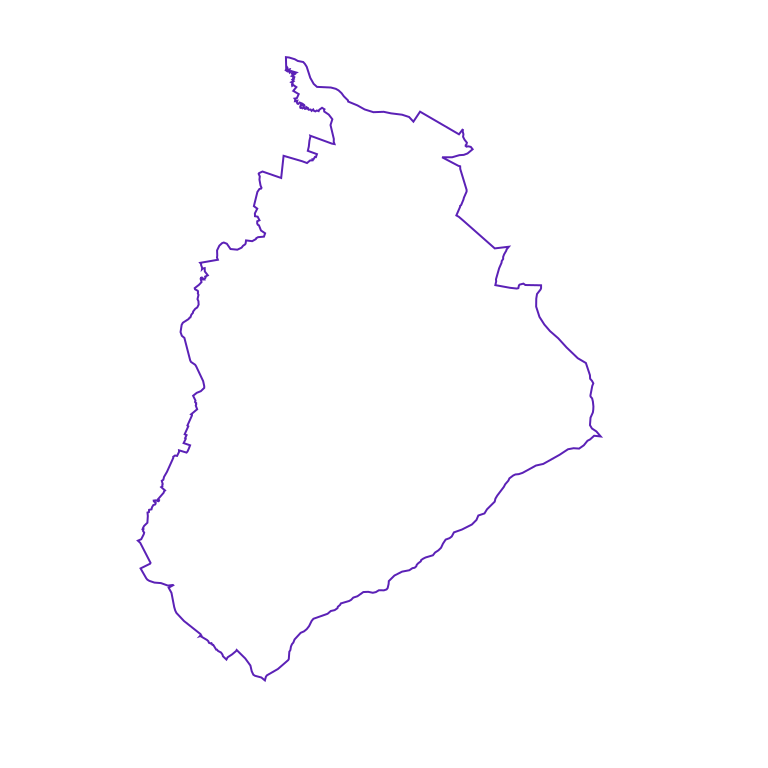 Homoroade, Satu Mare, Romania, rotated 8°
{"feature_id": "2599482B99777504625333", "entity_name": "Homoroade", "entity_type": "district", "adm_level": 2, "iso_a3": "ROU", "parent_name": "Romania", "parent_adm1": "Satu Mare", "projection": "robinson", "projection_center": [23.062, 47.634], "detail": "fine", "context": "isolated", "style": "outline", "palette": "violet", "viewbox_px": 768, "rotation_deg": 8, "n_neighbors": 0, "source": "geoboundaries", "source_scale": "gbopen_adm2", "svg_char_len": 6127}
<svg xmlns="http://www.w3.org/2000/svg" viewBox="0 0 768 768"><g transform="rotate(8 384 384)"><path d="M387.2,597.9L392.5,592.9L397.3,592.0L402.0,592.3L404.9,591.2L407.6,589.0L412.7,588.3L415.1,587.1L416.0,585.6L416.4,581.4L416.2,578.5L421.0,572.2L428.0,567.3L435.0,564.9L437.8,562.4L439.9,561.7L441.3,560.1L441.6,558.5L442.7,556.9L445.1,554.5L445.3,553.2L447.0,551.6L449.3,550.0L456.3,546.8L458.0,543.8L461.0,541.2L463.3,538.2L464.6,533.9L466.7,529.5L470.4,527.5L472.3,525.6L473.9,521.2L481.4,517.3L490.6,510.9L494.5,505.7L495.7,501.1L501.5,498.2L503.4,493.8L510.0,485.1L510.3,482.0L511.7,478.7L517.0,469.2L518.0,466.4L520.6,462.4L521.3,460.0L524.7,456.6L526.7,455.3L530.0,454.5L533.6,452.7L545.8,443.6L552.8,441.0L567.7,429.7L575.3,423.0L580.7,421.2L586.2,420.8L590.4,416.9L593.4,411.9L595.8,410.2L599.3,406.0L605.9,405.8L600.9,401.4L596.1,399.1L593.7,396.1L593.2,388.6L594.8,383.1L594.8,380.2L594.5,377.1L593.3,372.3L592.1,369.3L590.3,367.7L590.0,366.6L590.5,356.9L591.2,354.2L589.5,351.9L587.4,350.1L586.7,346.6L581.0,335.1L572.3,331.5L559.7,322.4L550.2,314.5L541.0,308.5L534.5,302.8L528.6,295.9L523.9,286.2L522.9,278.3L523.0,273.6L525.9,268.6L526.2,267.2L525.8,264.4L510.2,266.3L508.1,265.2L504.5,266.7L503.9,267.6L503.7,270.4L502.2,271.0L495.4,271.2L480.5,270.6L480.8,266.7L480.3,264.8L481.9,253.4L483.5,247.7L483.5,245.8L484.6,243.6L484.3,241.6L484.9,238.9L486.5,235.0L486.7,233.6L488.5,230.7L474.8,234.3L440.1,211.4L434.8,208.0L432.2,207.0L434.7,197.9L434.6,197.0L435.5,196.1L437.0,190.3L437.2,188.4L439.0,182.0L438.8,180.3L429.6,160.5L429.1,157.8L427.3,157.6L410.0,151.4L419.9,150.0L426.8,146.9L431.1,146.0L434.6,144.1L439.1,139.2L436.9,137.1L434.2,136.9L432.7,137.5L431.7,136.9L431.7,136.0L432.3,135.3L432.5,133.5L429.7,130.8L427.9,128.2L427.9,125.6L426.7,122.7L426.8,121.5L426.3,121.3L423.5,126.3L381.8,109.3L376.6,120.1L371.7,116.1L364.4,114.8L353.3,115.0L345.8,114.5L335.7,116.3L326.6,114.8L318.9,111.8L309.2,109.3L308.9,108.2L304.2,104.7L301.5,101.9L298.2,99.6L295.2,98.4L290.1,97.8L276.3,99.1L272.6,96.6L268.4,91.1L263.3,80.6L261.1,78.0L259.2,76.4L253.7,76.1L250.4,74.8L244.6,73.9L241.4,74.0L243.2,84.9L243.9,83.8L244.3,84.3L243.0,86.9L244.6,87.7L245.0,86.1L246.8,85.5L246.3,87.7L247.3,88.8L248.5,87.0L253.9,87.8L252.9,88.6L249.6,89.2L249.7,89.6L252.0,90.0L249.9,91.9L253.3,92.8L252.3,92.9L251.5,93.8L252.2,94.5L250.9,95.4L252.4,96.6L250.2,98.1L251.7,98.8L251.2,100.3L251.6,101.5L252.7,100.6L255.9,102.2L253.7,105.7L254.1,106.2L253.7,106.5L259.2,108.8L257.9,113.1L255.8,113.8L256.6,114.6L256.5,116.3L258.7,115.6L258.4,117.2L259.4,118.5L260.3,118.5L261.2,117.0L264.0,117.7L266.1,118.8L266.2,119.5L265.6,119.9L262.8,119.2L262.4,121.3L262.9,122.2L263.8,121.9L264.9,122.4L266.4,121.4L267.5,122.6L268.6,122.2L268.5,120.6L270.4,121.4L270.6,122.4L271.2,122.9L273.1,122.4L274.3,123.6L275.7,122.0L276.6,123.2L278.1,123.6L279.4,122.5L281.3,122.9L281.7,121.5L284.2,119.1L286.7,120.2L286.4,120.6L286.9,122.5L291.8,124.9L296.0,129.0L295.0,135.0L300.2,148.3L300.5,151.1L301.6,153.3L298.9,153.2L276.4,148.4L276.7,149.2L276.3,153.4L276.5,159.4L276.1,163.7L285.6,165.7L285.0,168.8L284.0,168.8L282.8,171.5L281.9,171.4L282.0,172.5L279.7,172.9L277.0,175.9L272.0,174.8L252.8,172.0L253.5,194.3L234.1,190.5L230.9,192.6L230.6,193.3L232.1,195.7L232.2,198.9L234.1,204.6L235.4,206.8L235.1,207.6L233.5,208.2L231.9,211.4L230.4,226.0L234.1,228.0L232.4,233.0L232.9,235.8L235.6,235.9L237.9,239.2L235.8,240.5L236.1,242.7L236.9,243.9L238.1,244.3L240.8,249.1L245.3,251.3L244.6,254.8L238.9,256.1L237.2,257.4L236.9,258.4L233.6,260.9L227.4,261.0L227.4,264.3L226.9,265.2L225.2,266.7L224.0,268.8L220.1,271.4L213.2,271.7L208.9,267.0L205.7,266.2L204.1,267.0L201.7,269.9L200.1,274.9L201.0,280.1L201.0,282.0L202.2,284.1L185.1,289.6L186.2,290.6L186.3,291.6L187.8,294.4L187.8,295.7L188.4,294.9L190.3,294.2L190.9,297.5L194.4,300.9L192.0,302.5L192.5,303.4L192.0,304.7L190.4,304.9L188.8,303.9L188.0,304.3L188.1,304.9L189.8,305.7L188.0,305.9L189.1,308.5L187.0,311.5L183.2,315.4L183.7,316.5L186.6,317.6L187.1,318.8L187.0,320.1L187.9,321.6L187.5,325.9L188.7,327.8L189.4,331.2L188.4,334.2L186.6,335.8L184.9,338.8L184.9,340.1L183.6,342.1L183.0,345.0L182.3,345.3L181.4,346.9L176.3,351.3L175.4,353.6L175.3,360.9L177.1,364.4L179.9,366.1L188.8,387.6L189.8,389.0L194.3,391.2L195.5,392.6L204.5,406.3L206.3,411.2L206.5,412.9L203.6,416.6L199.8,418.8L196.6,422.2L199.6,426.6L199.4,428.1L200.7,429.1L200.5,429.8L200.9,430.6L200.6,431.6L202.5,435.0L197.2,440.9L198.1,441.2L198.2,441.9L195.1,452.5L196.1,453.1L193.6,461.5L195.6,462.1L194.6,465.2L195.2,465.4L195.3,465.9L193.8,470.4L200.5,471.7L199.7,475.2L198.8,478.2L198.0,479.4L190.2,478.2L190.5,479.7L189.1,484.0L187.0,483.9L185.4,485.4L185.6,486.5L181.3,501.2L179.1,506.6L178.8,509.5L177.4,510.8L178.8,513.9L178.5,514.7L178.8,516.1L177.7,517.1L182.0,519.9L181.2,520.8L180.9,522.4L176.2,529.6L177.5,530.3L177.4,531.0L176.9,531.5L174.0,531.0L172.2,531.5L172.4,532.2L174.5,533.5L174.4,534.6L174.1,535.2L172.4,536.0L171.4,538.4L171.2,540.5L168.9,541.3L169.0,543.6L167.7,544.2L168.5,547.6L169.0,554.3L166.2,557.9L165.5,559.8L165.8,560.5L165.3,560.6L165.1,561.6L165.9,561.8L165.9,563.2L167.2,564.5L167.0,566.2L165.2,571.5L162.1,573.4L164.7,575.2L177.7,593.6L177.4,594.5L168.6,600.5L175.6,609.5L176.9,610.7L179.0,611.6L184.3,612.6L190.9,612.2L198.0,613.7L202.9,612.4L203.2,612.6L199.1,615.7L202.6,620.4L207.3,634.1L208.8,637.4L210.3,639.6L219.0,646.6L237.1,657.2L237.6,658.1L236.8,659.3L239.0,658.2L237.6,659.3L244.3,662.1L245.9,663.2L246.6,664.6L248.2,665.0L249.0,664.7L249.1,665.2L249.6,665.2L250.4,666.2L251.2,666.1L254.8,670.4L255.5,670.3L256.9,671.5L260.0,672.6L261.7,674.4L262.4,676.0L266.3,678.8L267.2,676.4L271.2,672.9L274.7,669.0L275.1,667.9L284.8,675.1L290.9,681.4L293.0,686.9L295.1,690.1L296.9,690.9L303.4,691.7L307.3,694.1L307.8,690.3L308.6,688.8L318.6,681.0L327.6,670.7L328.0,669.6L327.5,662.3L328.3,660.5L328.4,656.9L329.1,654.4L330.2,652.7L331.0,649.4L336.1,642.0L339.2,640.1L341.6,637.5L343.5,634.2L345.3,628.7L346.8,626.3L360.1,619.4L362.9,616.2L366.6,614.8L369.1,612.5L369.3,611.0L371.3,608.8L371.8,607.3L379.7,603.7L381.5,602.3L383.3,599.8L387.2,597.9Z" fill="none" stroke="#5b21b6" stroke-width="2"/></g></svg>